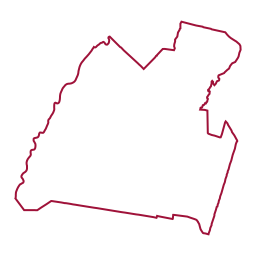 La Gomera, Escuintla, Guatemala
{"feature_id": "79465075B56387033973668", "entity_name": "La Gomera", "entity_type": "district", "adm_level": 2, "iso_a3": "GTM", "parent_name": "Guatemala", "parent_adm1": "Escuintla", "projection": "equal_earth", "projection_center": [-91.137, 14.084], "detail": "fine", "context": "isolated", "style": "outline", "palette": "rose", "viewbox_px": 256, "rotation_deg": 0, "n_neighbors": 0, "source": "geoboundaries", "source_scale": "gbopen_adm2", "svg_char_len": 5373}
<svg xmlns="http://www.w3.org/2000/svg" viewBox="0 0 256 256"><path d="M227.1,34.6L225.3,32.3L211.6,29.3L210.9,28.8L203.3,27.2L202.7,26.7L196.1,25.5L181.5,21.7L180.4,23.7L180.4,28.4L179.9,28.7L179.5,30.0L178.0,32.5L177.3,36.6L175.1,39.5L175.1,41.6L174.3,44.2L174.1,46.3L174.8,48.3L174.0,50.2L164.6,48.9L162.7,49.0L156.9,55.2L156.9,55.6L156.1,55.9L155.1,57.4L143.7,69.0L140.8,66.0L139.8,65.1L139.3,64.7L138.0,63.4L123.7,50.3L121.1,47.5L120.2,47.1L109.7,36.6L109.0,36.8L108.5,37.3L108.4,38.1L108.7,38.6L109.0,39.3L109.2,40.3L109.2,40.8L109.0,41.7L108.9,42.3L108.8,42.7L108.6,43.1L108.3,43.5L107.9,43.9L107.4,44.5L107.0,44.6L106.3,44.6L105.8,44.4L105.4,44.1L105.0,43.4L104.4,42.6L104.1,42.3L103.4,41.9L103.0,42.0L102.7,42.2L102.0,42.7L101.6,42.8L101.1,42.9L100.5,43.1L100.1,43.4L99.7,43.8L99.1,44.4L98.6,44.7L98.2,45.0L97.6,45.4L97.1,45.8L96.8,46.2L96.5,46.5L95.9,47.1L95.3,47.4L94.8,47.4L94.3,47.3L93.9,47.0L93.4,47.8L92.6,48.9L91.6,50.6L88.9,54.1L86.7,56.6L84.8,58.6L83.9,59.8L82.8,61.2L81.7,62.5L80.7,64.2L80.1,65.5L79.5,67.1L79.0,69.1L78.5,71.1L78.3,73.1L77.9,74.7L77.6,75.5L76.2,78.6L75.6,80.0L75.1,80.8L74.4,81.6L73.8,82.1L72.8,82.7L71.5,83.3L70.5,83.5L69.3,83.7L68.5,83.7L67.3,83.9L66.6,84.2L66.0,84.6L65.4,85.0L64.5,86.1L63.3,87.5L62.6,88.5L61.9,90.1L61.7,90.6L61.3,91.4L60.8,92.6L60.4,93.7L60.2,94.7L60.0,96.1L60.0,97.2L59.9,98.7L59.8,99.7L59.7,100.2L59.5,101.1L59.3,101.8L59.0,102.4L58.7,102.8L58.2,103.2L57.5,103.4L57.1,103.4L56.7,103.3L56.0,102.9L55.5,102.7L55.1,102.8L54.7,103.1L54.3,104.1L54.3,104.6L54.2,105.7L54.2,106.8L54.2,107.9L54.3,109.0L54.2,109.9L53.9,110.8L53.2,112.6L52.5,113.8L51.7,115.0L50.9,116.2L50.1,117.9L49.4,118.8L48.7,119.4L48.5,119.9L48.3,120.3L48.2,120.9L48.2,121.4L48.3,122.1L48.3,122.6L47.9,123.9L47.2,125.4L46.6,126.8L46.3,127.6L45.9,128.5L45.5,129.3L44.7,130.5L44.3,131.4L43.9,132.1L43.5,132.5L43.1,132.8L42.6,132.8L42.1,132.8L41.6,132.7L41.0,132.6L40.3,132.5L39.8,132.6L39.4,133.2L39.2,133.6L39.1,134.3L38.9,135.3L38.6,136.2L38.3,136.7L37.9,137.1L37.5,137.4L37.1,137.5L36.7,137.6L36.0,137.8L35.4,137.9L34.9,138.0L34.2,138.2L33.7,138.7L33.6,139.6L33.6,140.4L33.7,140.9L34.2,141.7L34.6,142.4L34.9,143.0L35.2,143.5L35.4,144.1L35.5,145.3L35.5,146.0L35.4,146.9L35.2,148.0L34.9,148.7L34.6,149.1L34.2,149.5L33.5,149.7L32.7,149.8L32.0,149.9L31.5,150.1L31.1,150.4L30.8,150.8L30.6,151.7L30.6,152.6L30.7,153.4L30.8,154.1L30.8,154.6L30.7,155.1L30.4,155.8L30.0,156.3L29.6,156.8L29.1,157.3L28.5,158.1L28.0,158.8L27.6,159.4L27.3,160.1L27.0,160.7L26.8,161.6L26.6,162.2L26.6,162.7L26.6,163.2L26.6,163.7L26.7,164.5L26.8,165.0L27.0,165.7L27.0,166.3L27.0,167.1L27.0,168.0L27.0,168.6L26.8,169.6L26.6,170.2L26.4,170.6L26.1,171.0L25.6,171.6L25.0,172.1L24.5,172.4L24.1,172.7L23.3,173.2L22.8,173.8L22.0,174.9L21.5,175.9L21.4,176.8L21.6,177.4L21.9,177.9L22.2,178.2L22.7,178.9L23.0,179.4L23.2,180.0L23.5,180.5L23.6,181.1L23.6,181.7L23.3,182.4L22.9,182.9L22.5,183.1L22.0,183.3L21.4,183.7L20.9,184.0L20.2,184.3L19.7,184.8L19.0,185.8L18.4,186.7L17.6,188.2L17.0,189.5L16.6,190.6L16.3,191.3L16.1,191.9L15.9,192.8L15.9,193.4L15.8,194.2L15.8,195.4L15.8,196.1L15.7,197.0L15.7,197.5L15.6,198.0L15.4,198.4L24.1,210.1L30.8,210.1L37.3,210.2L41.1,207.6L46.6,204.1L51.2,201.0L52.2,201.1L61.5,202.5L65.1,203.2L65.6,203.1L70.5,203.9L73.0,204.4L75.2,204.7L80.7,205.6L93.9,207.7L96.9,208.1L109.7,210.2L122.0,212.2L125.0,212.6L136.1,214.4L138.7,214.7L153.3,217.1L156.5,217.8L156.6,217.6L157.1,215.9L158.7,216.3L161.7,216.9L172.6,219.0L172.8,218.8L173.0,217.0L173.2,214.9L174.0,214.9L187.3,216.6L190.4,217.7L194.0,218.9L195.9,219.6L196.8,220.2L197.6,221.4L197.9,221.6L198.0,222.1L198.4,222.7L199.2,224.1L200.0,227.2L200.3,228.3L200.6,229.3L201.5,230.8L202.9,232.9L203.1,233.0L203.5,233.2L205.1,233.4L206.3,233.7L207.0,233.9L208.4,234.3L208.5,234.3L208.7,233.3L209.9,230.2L210.3,228.0L211.6,225.1L211.6,224.0L214.4,215.7L214.4,214.4L215.9,209.9L216.7,206.9L217.4,206.5L217.8,204.3L218.5,202.9L218.9,200.6L219.8,198.6L220.2,196.3L221.4,193.2L223.8,184.7L224.8,182.3L225.5,178.9L226.7,175.7L226.7,174.7L227.7,172.3L227.7,171.3L228.6,169.3L229.9,164.2L231.3,160.5L232.7,154.9L234.9,148.7L235.8,144.2L236.6,142.0L237.2,141.4L237.2,140.6L234.3,135.3L232.0,132.1L231.5,130.5L229.5,127.2L228.0,124.8L227.5,123.4L225.7,121.4L225.1,122.4L221.9,134.2L220.7,137.3L219.9,137.4L214.5,135.6L211.8,135.0L208.4,133.7L207.8,133.0L207.4,110.6L204.8,109.9L200.2,109.6L200.4,109.1L200.4,108.6L200.5,107.9L201.1,107.5L201.6,107.5L202.0,107.4L202.3,106.8L202.6,106.1L202.7,105.4L203.1,105.0L203.7,105.0L204.1,104.8L204.5,104.3L204.8,103.7L205.0,103.2L205.5,103.1L205.9,103.4L206.2,103.0L206.4,102.2L206.9,102.0L207.2,101.6L207.3,101.1L207.4,100.2L207.7,99.6L207.9,98.9L207.6,98.4L207.1,98.0L207.1,97.1L207.6,96.4L208.1,95.7L208.5,95.0L208.8,94.6L209.5,93.9L209.6,93.2L209.6,92.4L209.8,91.7L209.5,91.2L208.9,91.3L208.4,91.2L208.1,90.6L208.1,89.9L208.6,89.4L209.0,89.2L209.3,88.7L209.8,87.9L210.0,87.4L210.3,87.0L210.7,86.7L211.0,86.2L211.1,85.4L211.6,83.4L211.6,81.6L212.2,80.9L213.1,81.9L213.0,83.4L214.4,85.2L215.8,83.7L216.9,81.3L218.9,80.5L219.2,79.9L219.3,78.8L218.3,77.6L218.3,76.1L218.7,75.3L224.1,73.1L224.8,72.2L227.5,69.7L228.8,68.8L229.3,68.0L229.8,66.7L230.2,65.8L232.2,63.3L235.2,62.0L237.9,57.9L238.6,56.4L239.4,52.7L240.6,49.8L240.4,46.0L239.5,44.3L236.3,41.5L235.6,41.1L232.1,38.9L231.7,38.6L231.0,38.2L230.5,37.8L228.9,36.5L227.1,34.6Z" fill="none" stroke="#9f1239" stroke-width="2"/></svg>